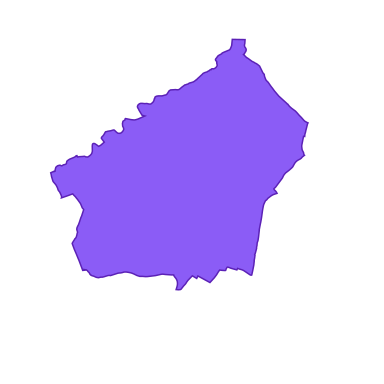 the district of Saulia, Mures, Romania, rotated 324°
{"feature_id": "2599482B86871181031429", "entity_name": "Saulia", "entity_type": "district", "adm_level": 2, "iso_a3": "ROU", "parent_name": "Romania", "parent_adm1": "Mures", "projection": "equal_earth", "projection_center": [24.211, 46.629], "detail": "fine", "context": "isolated", "style": "filled", "palette": "violet", "viewbox_px": 384, "rotation_deg": 324, "n_neighbors": 0, "source": "geoboundaries", "source_scale": "gbopen_adm2", "svg_char_len": 5890}
<svg xmlns="http://www.w3.org/2000/svg" viewBox="0 0 384 384"><g transform="rotate(324 192 192)"><path d="M326.5,204.3L325.9,203.3L324.8,200.8L324.6,199.4L324.3,196.0L323.8,192.8L323.5,189.2L323.2,187.2L321.8,182.8L321.2,180.0L321.1,178.0L321.2,177.5L320.8,176.9L320.9,176.6L318.6,165.5L318.4,162.9L318.1,158.8L318.1,155.4L318.0,153.1L318.1,147.7L317.9,147.2L317.7,144.9L317.8,144.1L318.1,143.2L318.4,141.8L319.1,140.1L319.5,139.5L319.6,138.8L319.4,138.0L319.5,136.7L320.7,129.9L320.0,127.2L319.4,125.7L319.0,125.1L318.3,123.3L317.4,121.7L316.1,117.6L315.5,115.9L315.2,115.5L314.5,111.0L315.5,111.0L316.4,110.6L317.3,110.1L318.0,110.0L319.3,109.0L319.8,108.1L320.0,107.0L320.0,105.5L320.3,104.8L320.7,104.1L321.2,103.6L322.1,102.8L324.5,99.9L314.3,92.2L310.3,96.7L308.7,97.8L307.1,98.7L306.3,99.0L305.6,99.0L299.7,97.6L298.0,97.3L297.3,97.6L293.3,97.1L292.9,97.2L292.5,97.4L291.8,97.5L290.8,97.9L289.9,98.1L289.1,98.4L288.8,98.7L288.6,99.0L288.5,99.6L288.6,100.6L288.5,101.4L288.1,101.8L287.7,102.4L287.6,102.8L287.4,103.0L287.1,104.0L286.8,104.4L285.9,104.9L284.8,105.3L283.9,105.4L282.9,105.3L281.9,105.1L281.4,104.7L281.0,104.3L280.6,104.0L279.9,104.0L279.5,104.3L278.8,103.8L277.1,103.9L276.8,104.0L276.3,103.7L274.9,103.7L272.2,102.8L271.4,102.7L271.0,102.6L270.4,102.6L269.7,102.8L267.1,103.1L265.4,103.3L262.5,103.6L262.2,103.8L261.7,103.9L261.4,103.7L259.5,103.8L258.7,103.8L257.8,103.7L255.9,103.1L253.8,102.3L252.5,102.3L251.7,102.1L251.3,101.9L251.0,101.8L249.8,101.5L248.9,101.1L248.2,101.2L245.5,101.2L242.2,101.5L241.3,101.3L240.2,100.7L238.9,99.5L235.1,97.1L234.6,96.8L232.9,96.7L229.3,98.1L227.8,98.1L226.9,97.6L225.2,97.0L224.2,96.6L222.6,95.4L220.7,94.1L220.1,94.0L219.6,93.6L219.3,93.5L219.0,93.6L218.8,93.6L218.3,93.4L217.9,93.5L216.8,94.3L216.6,94.6L216.0,94.6L215.9,94.8L215.6,95.1L215.2,95.4L214.9,95.7L213.2,96.4L211.2,96.6L210.2,96.5L209.6,96.1L208.7,95.3L208.0,94.4L207.3,93.7L205.8,92.8L203.8,91.0L202.6,90.1L201.3,89.7L199.7,89.8L198.5,90.4L197.9,91.0L197.6,91.9L197.5,93.3L197.2,94.7L197.0,96.9L196.7,100.6L197.2,101.2L198.5,102.8L191.1,101.2L189.1,100.5L188.0,100.0L187.3,99.5L185.1,97.5L181.4,93.5L180.7,93.6L180.1,94.3L178.0,94.2L177.7,94.2L175.9,95.8L174.6,98.0L174.3,99.7L173.7,101.1L172.6,101.8L171.2,102.3L169.7,102.5L168.4,102.3L166.8,101.1L166.4,100.4L166.0,98.9L165.7,97.1L165.5,96.2L165.0,95.7L164.3,95.4L162.3,94.7L159.5,93.3L158.8,93.1L158.2,92.8L157.6,92.5L157.0,92.6L154.4,93.8L153.1,94.2L151.3,94.5L150.8,94.7L150.5,95.0L150.2,95.4L150.3,100.1L145.5,100.5L143.3,100.2L142.7,98.1L141.9,96.0L141.7,95.6L141.3,95.2L140.8,94.8L140.3,94.7L139.7,94.8L139.3,95.1L138.3,96.2L135.9,99.7L135.2,100.6L133.8,101.7L133.0,102.1L131.8,102.4L131.1,102.5L129.2,102.5L128.2,102.4L126.9,101.3L126.6,101.0L126.3,100.3L125.9,99.8L124.6,99.1L121.6,97.2L120.2,96.5L119.9,96.2L120.1,95.6L120.3,95.1L120.3,94.9L119.2,94.6L118.9,94.9L116.7,94.6L112.3,93.5L110.7,93.4L109.0,93.5L108.0,94.2L107.4,95.0L106.7,95.3L105.4,95.1L104.6,94.7L103.8,94.4L102.5,94.4L101.8,94.1L101.5,93.7L101.2,93.0L101.0,92.8L100.4,92.4L99.6,92.1L98.7,91.8L97.8,91.8L97.1,91.8L96.2,92.1L94.7,93.3L93.4,94.7L92.4,94.4L92.5,94.1L89.0,93.4L88.6,94.5L88.0,95.8L87.5,96.8L85.9,101.4L85.8,102.1L86.0,104.8L86.1,106.1L85.9,107.9L85.7,108.8L85.7,109.3L85.2,110.7L84.8,112.2L84.9,113.7L84.9,114.4L84.3,117.5L83.8,119.0L83.4,119.6L82.9,120.0L88.1,121.6L94.4,123.4L94.5,125.0L94.7,126.2L94.9,127.6L94.9,129.1L95.0,130.2L95.0,131.4L95.0,133.1L95.0,134.8L94.9,136.2L93.9,140.3L94.1,142.4L94.0,142.6L92.5,143.7L88.5,146.6L86.9,147.5L83.2,150.2L80.8,151.8L79.3,152.5L77.7,153.5L77.2,154.1L76.7,154.7L76.3,155.8L75.8,157.3L74.9,157.9L74.0,158.7L73.6,159.1L71.9,160.4L70.8,160.9L69.8,161.0L68.5,161.6L66.9,162.2L65.3,162.9L64.8,163.2L63.1,169.2L61.9,174.5L61.0,178.1L60.3,181.1L57.5,191.2L59.6,192.4L59.5,191.7L60.2,192.4L60.6,192.6L60.8,193.0L60.8,193.3L61.2,194.2L61.1,194.5L61.1,195.2L61.4,196.8L61.1,198.5L61.4,199.2L61.2,199.5L61.7,200.6L62.1,201.2L63.0,202.3L64.3,204.6L64.9,205.3L66.0,206.4L68.0,207.2L69.8,208.4L71.4,209.0L75.2,210.3L76.6,211.3L76.9,211.7L83.9,214.0L84.5,214.2L85.4,214.7L86.5,215.4L88.1,216.2L89.9,216.8L91.4,217.8L92.1,218.4L93.6,219.9L95.2,221.7L95.7,222.4L96.7,224.0L98.4,227.2L100.1,229.5L102.3,231.1L104.7,233.2L106.2,234.2L113.4,238.2L118.5,240.4L119.5,240.9L120.3,241.5L122.1,243.2L126.4,246.8L128.4,248.3L128.2,248.7L128.1,249.8L128.1,251.0L128.2,252.4L128.1,253.5L127.8,254.9L127.5,255.7L126.8,257.0L126.0,258.1L124.7,259.4L121.8,261.6L123.5,263.1L125.2,264.1L126.1,264.2L129.9,263.1L132.6,262.6L134.0,262.1L134.6,261.8L136.8,261.1L143.0,260.0L145.0,264.7L147.4,263.4L153.3,275.8L159.7,274.5L163.3,273.4L166.1,272.2L168.5,271.4L170.2,273.0L172.6,275.0L173.1,275.2L173.5,275.0L174.4,274.3L176.2,273.5L176.8,273.8L177.5,274.7L178.7,276.6L182.5,281.4L184.0,280.6L185.2,282.4L186.4,283.9L186.9,284.6L187.7,286.1L190.2,293.0L190.6,293.7L191.2,294.2L191.5,294.3L194.8,291.4L196.4,289.9L199.1,287.4L201.8,284.4L202.1,283.9L203.8,282.3L205.9,280.1L205.8,279.6L207.3,278.7L211.1,275.6L211.9,274.5L213.1,273.5L214.9,271.4L216.8,270.1L219.4,267.5L223.5,263.0L223.9,262.6L224.3,262.0L228.0,258.5L230.0,256.7L233.1,253.7L237.7,248.9L239.2,247.4L241.0,245.7L242.5,244.4L244.0,243.5L246.4,242.2L247.0,242.2L247.1,242.3L248.0,242.2L249.7,241.7L250.2,241.7L253.1,241.6L255.0,241.7L256.2,241.9L257.3,242.2L259.1,242.8L260.0,243.1L260.2,242.0L260.2,240.5L259.9,238.7L260.0,237.7L260.4,237.4L262.2,237.3L271.2,234.5L272.5,234.1L273.6,233.7L275.0,232.9L276.3,232.3L277.2,232.0L279.0,231.6L283.0,231.5L286.5,231.2L288.2,230.9L289.3,230.4L291.4,229.4L292.7,228.9L294.1,228.6L295.2,228.5L297.1,228.6L298.7,228.9L300.2,228.9L301.9,228.5L304.6,228.4L304.5,227.5L305.4,225.7L305.7,223.6L306.0,222.4L307.0,220.6L307.7,219.4L308.4,218.6L315.0,212.5L315.3,212.7L315.8,213.3L317.4,211.5L318.9,210.4L320.2,209.2L321.8,207.9L325.5,204.8L326.5,204.3Z" fill="#8b5cf6" stroke="#5b21b6" stroke-width="1.5"/></g></svg>